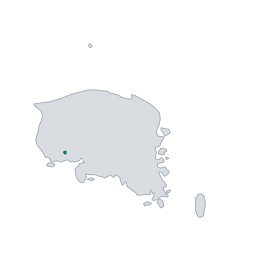 Gwacheon-si, Gyeonggi, South Korea shown in context, rotated 286°
{"feature_id": "91817680B14096955932506", "entity_name": "Gwacheon-si", "entity_type": "district", "adm_level": 2, "iso_a3": "KOR", "parent_name": "South Korea", "parent_adm1": "Gyeonggi", "projection": "albers", "projection_center": [127.005, 37.42], "detail": "fine", "context": "in_parent", "style": "filled", "palette": "teal", "viewbox_px": 256, "rotation_deg": 286, "n_neighbors": 0, "source": "geoboundaries", "source_scale": "gbopen_adm2", "svg_char_len": 3383}
<svg xmlns="http://www.w3.org/2000/svg" viewBox="0 0 256 256"><g transform="rotate(286 128 128)"><path d="M76.4,61.4L77.3,60.7L77.4,59.7L77.4,56.5L79.9,54.3L83.4,49.8L85.1,47.3L87.1,45.0L89.3,43.4L91.6,42.7L95.0,42.4L101.8,42.6L103.1,42.3L107.7,42.1L108.8,42.5L112.2,42.7L116.0,42.4L117.8,41.7L119.6,40.5L121.1,38.4L122.6,34.6L124.2,31.6L125.2,31.0L132.3,46.9L139.1,57.1L144.9,64.5L153.3,78.7L155.8,86.4L156.2,91.1L157.7,97.6L156.6,101.4L157.1,107.4L156.7,110.4L155.8,112.7L155.8,117.0L156.2,119.3L156.3,122.4L157.0,123.5L157.9,124.0L159.4,122.8L161.2,122.3L161.0,126.0L159.0,135.3L157.3,142.2L154.8,148.1L151.6,153.6L147.6,155.8L144.8,156.6L139.4,157.0L134.9,156.2L131.0,156.9L129.5,158.0L128.4,160.0L129.3,163.0L129.2,165.2L127.5,165.0L124.3,163.8L120.6,163.7L118.9,163.0L117.2,159.9L115.4,160.0L112.4,161.9L107.8,162.4L106.1,163.4L105.6,164.7L106.3,166.4L108.6,168.5L107.8,170.7L105.4,171.9L103.4,169.2L102.2,166.5L100.8,166.4L98.7,167.2L98.3,170.0L99.3,172.0L100.9,174.2L98.6,176.8L98.0,178.7L96.4,180.0L91.9,177.1L92.5,175.0L94.5,172.9L94.7,170.8L94.1,169.6L87.7,174.9L83.8,180.9L81.7,180.5L80.8,178.9L79.6,178.3L75.3,182.1L74.5,185.2L72.9,185.3L72.2,184.0L72.2,181.2L71.5,178.9L67.1,175.5L65.1,172.4L66.2,170.8L69.9,171.7L72.8,171.6L72.2,170.2L71.3,169.5L73.2,168.7L74.8,167.1L73.5,166.7L71.5,167.6L69.8,167.1L69.1,163.2L67.1,159.2L66.0,155.3L68.1,153.0L69.1,149.6L71.1,144.5L72.0,142.9L74.6,141.7L75.6,140.4L74.1,139.7L71.9,139.1L71.9,137.7L73.5,136.9L75.2,135.3L78.6,133.4L79.6,129.7L78.7,128.7L76.6,127.9L77.1,126.0L77.9,124.6L77.6,123.7L75.1,121.3L73.5,119.1L74.0,116.6L73.7,112.9L73.9,109.7L73.8,108.0L72.6,104.1L72.1,100.3L70.5,100.8L69.3,101.8L64.7,100.4L63.3,100.3L62.7,97.4L64.4,93.9L68.3,90.8L70.5,90.4L72.1,89.0L74.7,88.6L77.8,90.7L80.6,91.2L82.2,94.8L83.1,95.6L83.3,94.3L85.6,92.7L86.1,91.5L85.6,90.9L83.0,90.2L80.7,85.7L80.4,83.7L79.6,82.4L80.8,78.8L78.2,74.6L76.9,73.3L77.1,69.6L75.7,67.2L74.9,65.9L74.4,63.7L74.9,62.7L76.1,62.3L76.4,61.4ZM66.6,224.2L65.2,225.0L64.0,224.5L63.7,224.1L62.2,222.1L61.8,221.0L62.8,219.0L67.0,215.8L77.7,212.7L79.6,212.5L83.8,213.9L84.7,216.4L84.0,218.6L83.0,220.1L78.1,222.6L74.2,223.7L66.6,224.2ZM138.0,167.6L135.2,169.8L131.5,166.9L130.5,165.3L133.3,162.9L135.7,160.1L137.3,159.9L138.0,167.6ZM118.1,167.6L117.8,171.1L115.8,171.3L114.5,169.1L113.2,170.2L112.5,170.2L111.4,167.4L111.2,165.2L113.7,163.6L115.1,164.5L117.3,165.0L118.1,167.6ZM64.1,183.3L62.2,183.8L61.2,182.6L60.4,182.2L60.9,180.6L64.0,177.5L64.6,176.4L67.4,177.1L68.5,178.7L67.2,181.3L64.1,183.3ZM73.2,63.0L73.1,67.7L71.5,67.5L70.5,67.0L70.0,66.1L69.0,61.7L70.2,59.9L72.5,61.3L73.2,63.0ZM62.4,170.4L62.0,171.2L60.7,170.9L59.5,168.5L58.9,166.5L57.6,165.4L59.7,163.8L62.4,166.8L62.4,170.4ZM70.0,107.4L69.6,109.8L67.7,108.2L67.2,103.1L69.2,104.6L70.0,107.4ZM197.9,69.9L196.7,71.0L195.1,70.0L194.9,68.9L195.6,67.9L197.5,67.3L198.4,68.1L197.9,69.9ZM79.5,184.3L80.0,186.0L77.6,185.7L76.3,184.0L76.5,182.6L77.9,182.4L79.5,184.3ZM110.3,174.5L110.0,175.6L108.5,174.0L110.0,172.1L110.3,174.5Z" fill="#d9dde1" stroke="#a8b0b8" stroke-width="1"/><path d="M86.5,73.4L86.3,73.7L86.1,73.8L85.8,74.1L85.9,74.4L85.9,74.6L86.0,74.8L86.3,75.1L86.6,75.4L86.9,75.3L87.1,75.0L88.1,74.8L88.2,74.6L88.3,74.5L88.1,74.1L87.9,73.9L87.9,73.7L87.7,73.5L87.6,73.4L87.5,73.2L87.4,73.3L87.1,73.5L86.9,73.5L86.7,73.5L86.6,73.3L86.5,73.4Z" fill="#14b8a6" stroke="#0f766e" stroke-width="1.5"/></g></svg>